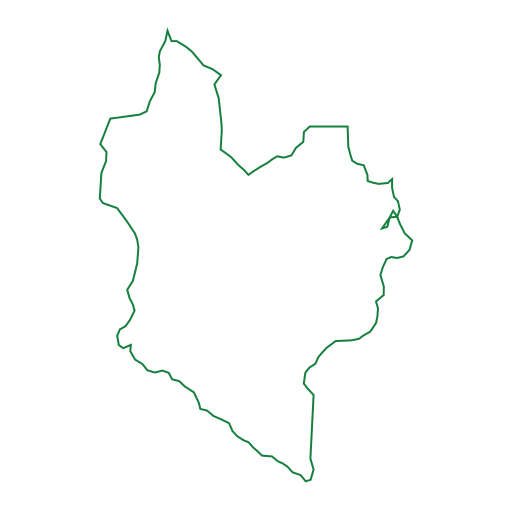 São Sebastião da Amoreira, Paraná, Brazil (Natural Earth projection)
{"feature_id": "56859067B74095202056810", "entity_name": "São Sebastião da Amoreira", "entity_type": "district", "adm_level": 2, "iso_a3": "BRA", "parent_name": "Brazil", "parent_adm1": "Paraná", "projection": "natural_earth1", "projection_center": [-50.715, -23.455], "detail": "fine", "context": "isolated", "style": "outline", "palette": "green", "viewbox_px": 512, "rotation_deg": 0, "n_neighbors": 0, "source": "geoboundaries", "source_scale": "gbopen_adm2", "svg_char_len": 1982}
<svg xmlns="http://www.w3.org/2000/svg" viewBox="0 0 512 512"><path d="M117.2,335.8L118.8,345.0L123.2,348.2L130.8,344.9L130.3,351.1L135.1,359.6L142.5,364.1L147.4,370.3L154.9,372.5L162.5,370.6L168.8,372.9L172.1,379.3L179.2,381.1L184.9,386.5L193.9,392.4L198.7,402.5L200.3,408.9L207.1,410.6L213.7,416.1L220.4,419.0L229.1,423.2L232.4,430.9L237.1,436.1L243.2,440.0L248.7,442.4L253.3,447.6L257.7,451.4L262.0,455.6L272.0,456.4L277.7,461.2L282.6,463.4L287.5,466.7L292.6,472.3L300.6,475.1L305.7,481.3L310.6,479.8L313.6,469.6L310.4,458.6L313.6,395.0L307.7,388.6L303.8,383.6L305.4,372.6L309.6,367.4L315.3,363.8L318.6,356.7L326.1,348.2L335.6,341.1L342.9,340.7L351.2,340.4L359.0,338.8L363.3,335.6L370.3,331.6L376.1,322.9L377.4,316.5L378.0,308.4L376.0,301.4L383.7,295.0L383.8,286.5L380.4,275.1L382.9,267.0L386.6,259.0L391.3,257.0L397.0,258.0L403.5,256.4L409.5,249.9L412.2,240.4L404.6,233.2L399.8,223.6L397.2,216.8L399.8,209.6L397.9,201.1L394.0,196.9L392.1,187.8L392.1,179.1L387.8,183.0L378.6,183.9L372.6,182.6L367.7,181.0L367.4,174.8L363.7,165.2L357.1,163.8L352.2,160.6L350.2,154.2L348.3,146.6L347.6,126.5L309.8,126.5L303.9,132.0L303.3,141.8L296.0,147.8L291.4,155.4L284.0,157.6L277.2,156.3L272.1,159.4L267.4,162.9L260.0,167.1L253.9,171.0L248.4,174.8L244.0,170.0L238.1,164.8L231.3,157.3L226.7,153.8L220.6,149.5L221.8,130.8L221.5,123.9L218.7,98.3L214.4,84.4L221.0,75.2L212.3,69.0L203.6,65.5L195.7,56.1L191.9,51.6L186.2,46.9L176.7,41.1L171.5,41.1L167.5,30.7L165.3,41.1L159.9,51.2L158.8,57.0L159.8,64.9L159.3,72.6L155.7,83.3L154.7,92.1L149.8,101.4L146.7,111.3L139.8,114.6L110.3,118.6L100.3,144.1L106.5,152.1L106.1,161.0L101.4,172.9L99.8,198.6L103.0,203.1L117.1,208.1L126.2,220.3L134.9,233.4L137.2,239.6L138.4,247.5L137.2,263.2L135.4,270.7L132.9,280.8L127.2,289.8L129.7,298.5L132.7,304.1L134.6,310.6L129.9,320.0L125.6,326.1L119.9,329.4L117.2,335.8ZM397.2,216.8L389.7,217.4L393.2,210.8L397.2,216.8ZM389.7,217.4L387.3,226.8L382.1,228.4L389.7,217.4Z" fill="none" stroke="#15803d" stroke-width="2"/></svg>